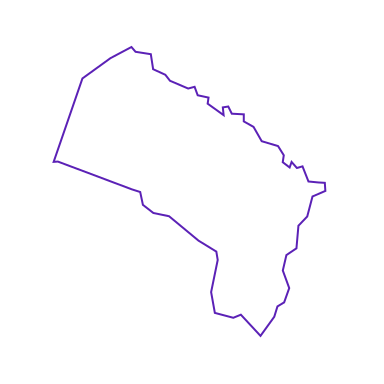 Long, Georgia, United States of America, rotated 172°
{"feature_id": "52423323B83955157156950", "entity_name": "Long", "entity_type": "district", "adm_level": 2, "iso_a3": "USA", "parent_name": "United States of America", "parent_adm1": "Georgia", "projection": "albers", "projection_center": [-81.796, 31.777], "detail": "fine", "context": "isolated", "style": "outline", "palette": "violet", "viewbox_px": 384, "rotation_deg": 172, "n_neighbors": 0, "source": "geoboundaries", "source_scale": "gbopen_adm2", "svg_char_len": 839}
<svg xmlns="http://www.w3.org/2000/svg" viewBox="0 0 384 384"><g transform="rotate(172 192 192)"><path d="M324.8,241.1L320.6,240.8L251.2,203.0L243.3,199.2L242.4,186.1L233.2,176.6L218.1,171.2L192.3,142.9L176.2,129.6L176.0,121.1L187.0,90.2L186.2,69.1L168.6,61.7L160.7,63.7L144.2,40.0L127.9,57.0L123.3,66.8L116.1,69.9L109.1,83.3L113.0,101.6L107.3,116.4L96.4,121.7L91.3,143.8L81.3,151.7L73.3,170.8L59.8,174.5L59.2,182.6L65.7,183.9L75.2,186.2L79.0,202.0L84.8,201.2L89.2,207.9L91.9,202.7L98.0,208.9L96.0,215.6L100.4,225.5L115.9,232.6L122.0,247.9L130.9,254.7L129.9,261.7L141.7,264.0L144.2,271.6L149.7,271.5L150.0,263.7L164.2,277.3L162.5,283.2L172.9,287.0L174.8,295.8L181.4,295.0L198.3,305.2L202.1,311.8L213.4,319.0L213.6,334.2L228.4,338.7L231.8,344.0L254.1,335.9L284.7,319.7L324.8,241.1Z" fill="none" stroke="#5b21b6" stroke-width="2"/></g></svg>